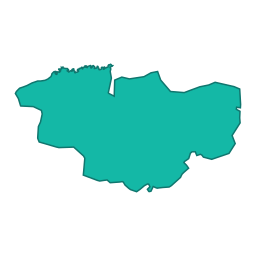 outline of Tarmuwa, Yobe, Nigeria
{"feature_id": "59680162B67238968218645", "entity_name": "Tarmuwa", "entity_type": "district", "adm_level": 2, "iso_a3": "NGA", "parent_name": "Nigeria", "parent_adm1": "Yobe", "projection": "orthographic", "projection_center": [11.647, 12.245], "detail": "fine", "context": "isolated", "style": "filled", "palette": "teal", "viewbox_px": 256, "rotation_deg": 0, "n_neighbors": 0, "source": "geoboundaries", "source_scale": "gbopen_adm2", "svg_char_len": 4904}
<svg xmlns="http://www.w3.org/2000/svg" viewBox="0 0 256 256"><path d="M110.2,182.7L119.7,182.0L122.2,181.6L123.4,182.2L125.0,185.0L128.7,188.3L130.5,189.6L136.6,191.7L139.8,189.5L144.5,185.6L147.5,184.0L148.7,184.2L149.5,185.8L149.9,186.8L147.4,189.3L148.6,191.2L149.1,191.6L149.8,191.5L151.0,191.2L153.2,186.5L155.6,187.6L157.0,188.1L157.8,188.1L158.2,188.0L159.7,187.8L161.8,187.6L162.5,187.5L169.2,187.0L171.4,185.6L180.5,177.4L181.3,175.6L182.1,174.1L183.8,172.4L188.6,168.2L186.5,165.2L183.9,162.6L184.5,161.5L188.7,158.6L190.4,153.2L192.0,151.8L195.3,151.8L196.8,155.5L200.4,154.3L201.9,155.1L203.4,157.1L211.7,159.3L229.0,153.4L235.2,143.6L232.1,135.5L240.1,122.9L239.7,117.9L240.0,111.3L236.3,109.3L236.6,107.2L240.4,107.8L240.6,104.5L239.7,89.0L234.0,86.6L215.1,82.3L208.7,85.0L199.8,86.8L191.4,89.9L184.2,92.6L170.5,91.5L160.7,80.1L157.6,71.5L151.0,72.8L144.0,76.7L129.4,78.9L121.8,77.1L114.7,80.1L114.2,96.2L110.1,94.1L108.8,93.4L108.3,92.8L111.4,78.1L110.2,71.5L110.8,68.9L110.4,68.2L110.1,67.2L112.3,66.1L112.6,65.7L112.3,65.7L112.2,65.7L111.7,65.3L111.5,65.2L111.4,65.1L111.3,64.9L111.2,64.7L110.8,64.4L110.7,64.3L110.4,64.3L110.2,64.4L109.8,64.7L109.6,64.8L109.4,64.9L108.8,64.8L108.7,64.9L108.5,65.1L108.4,65.2L108.1,65.7L108.1,66.0L108.1,66.4L108.1,66.7L107.8,67.1L107.6,67.2L107.4,67.3L107.0,67.3L106.8,67.3L106.6,67.4L106.2,67.8L105.4,68.1L104.9,68.3L104.5,68.8L103.9,69.2L103.7,69.3L103.5,69.2L103.4,69.1L103.6,68.9L103.8,68.9L104.0,68.8L104.0,68.7L103.9,68.6L103.7,68.4L103.6,68.2L103.8,67.9L104.0,67.8L104.3,67.9L104.5,67.8L104.8,67.7L104.8,67.3L104.7,67.1L104.4,67.0L104.2,67.0L104.0,67.4L103.8,67.5L103.3,67.7L103.1,67.8L102.4,67.3L102.1,67.2L101.9,67.3L101.6,67.4L101.5,67.5L101.4,67.8L101.5,68.1L101.5,68.3L101.4,68.6L101.4,68.9L101.2,69.2L100.7,69.4L100.3,69.6L99.8,69.7L99.2,69.7L98.9,69.4L98.8,69.1L98.9,68.9L98.9,68.6L98.9,68.4L98.8,68.2L98.5,68.0L98.3,67.9L98.1,67.7L98.0,67.2L98.1,66.9L98.0,66.6L97.8,66.4L97.5,66.3L97.3,66.3L97.2,66.5L96.9,67.6L96.5,68.1L96.0,68.1L95.7,68.2L95.4,68.4L95.0,68.4L94.4,68.5L94.3,68.2L94.7,67.3L94.7,67.0L94.6,66.7L94.4,66.5L93.8,66.2L93.5,65.7L93.3,65.6L93.1,65.6L92.8,65.8L92.6,66.0L92.3,66.9L92.0,67.4L91.5,67.9L91.2,68.0L90.8,67.8L90.7,67.2L90.8,66.9L91.0,66.7L91.1,66.1L90.8,65.7L90.3,65.5L89.9,65.7L89.5,65.9L88.0,66.4L87.5,66.7L87.2,66.9L87.4,67.1L87.4,67.4L87.3,67.5L87.2,67.6L86.8,67.5L86.6,67.4L86.6,67.2L86.4,66.9L86.3,66.7L86.5,66.3L86.5,66.1L86.2,65.9L85.9,65.8L85.6,65.9L85.4,66.1L85.0,66.0L84.8,66.1L84.9,66.4L85.1,66.6L85.3,66.7L85.4,66.9L85.3,67.1L85.2,67.1L84.9,67.2L84.6,67.2L84.2,67.2L83.8,67.3L83.4,67.3L83.1,67.6L82.8,67.8L82.8,68.0L82.9,68.3L82.9,68.5L82.7,68.8L82.5,68.7L82.4,68.7L82.3,68.4L82.2,68.3L82.3,68.0L82.4,67.9L82.4,67.7L82.1,67.4L81.9,67.3L81.6,67.3L81.1,67.7L80.9,68.2L80.5,68.4L80.2,68.5L79.9,68.5L79.7,68.4L79.4,68.4L79.2,68.5L79.1,68.8L79.1,69.0L79.1,69.3L78.9,69.4L78.4,69.3L78.2,69.3L77.9,69.3L77.6,69.5L77.4,70.1L77.4,70.3L78.0,70.3L78.3,70.5L78.4,70.8L78.4,71.2L78.5,71.3L78.4,71.5L77.9,71.7L77.3,72.1L76.9,72.2L76.5,72.3L76.0,72.2L75.8,72.3L75.2,72.8L74.9,72.7L74.7,72.5L74.7,72.3L74.7,72.1L74.8,72.0L75.0,71.9L75.0,71.7L74.9,71.4L74.8,71.2L74.6,71.0L74.4,70.9L73.7,70.7L73.5,70.2L73.8,69.8L73.9,69.5L73.9,69.1L73.7,68.9L73.4,68.8L73.1,68.8L72.9,69.0L72.7,69.2L72.2,69.4L72.0,69.5L72.1,69.9L72.3,70.1L72.4,70.3L72.3,70.7L72.3,70.9L72.0,71.1L71.7,71.2L71.4,71.1L71.1,70.8L70.8,70.7L70.6,70.8L70.2,71.0L69.7,71.4L69.6,71.5L69.1,71.9L68.7,72.0L68.6,71.9L68.7,71.7L68.7,71.2L68.3,71.1L68.1,71.2L67.9,71.3L67.6,71.2L67.3,71.0L67.2,70.9L67.2,70.7L67.9,70.4L68.2,70.2L68.5,69.9L68.5,69.7L68.4,69.6L68.0,69.6L67.8,69.5L67.7,69.3L67.7,69.1L67.6,68.7L67.4,68.6L67.2,68.5L66.8,68.6L66.4,68.5L66.0,68.5L65.6,68.5L65.0,68.4L63.7,68.1L63.3,67.9L63.2,67.8L63.0,67.4L63.0,67.1L62.7,67.1L62.4,67.4L62.2,67.7L62.1,67.8L61.8,67.9L61.6,67.8L61.6,67.7L61.4,67.5L61.4,67.8L61.5,67.9L61.6,68.0L61.8,68.4L61.8,68.6L61.7,68.7L61.6,68.8L61.2,69.0L60.8,68.9L60.7,69.0L60.2,69.3L59.9,69.2L59.5,69.1L59.3,69.0L59.1,68.9L58.8,69.0L58.7,69.1L58.7,69.3L58.8,69.7L59.2,69.8L59.3,70.0L59.7,70.1L60.1,69.9L60.5,70.0L60.6,70.4L60.5,70.5L60.6,70.8L60.5,71.1L60.4,71.2L60.0,71.2L59.7,71.2L59.6,71.4L59.4,71.6L59.6,72.1L59.2,72.3L58.8,72.0L58.3,71.9L57.9,72.1L57.7,71.9L57.3,71.8L56.6,72.1L56.5,72.6L56.8,72.8L56.9,73.3L57.1,73.6L57.1,73.9L56.7,74.4L56.3,74.3L56.0,74.1L55.6,74.0L55.2,73.5L55.2,72.9L55.1,72.5L55.6,72.3L55.8,72.0L55.9,71.5L55.6,71.4L54.0,71.7L52.6,73.0L51.9,73.8L51.7,74.8L51.0,76.6L49.5,77.7L47.9,79.0L45.1,80.3L40.7,81.0L37.7,81.0L31.9,83.0L27.1,85.5L23.2,87.0L19.6,88.2L18.1,89.7L16.4,91.5L15.4,93.5L18.4,98.6L20.6,105.9L20.8,106.0L33.3,106.6L41.4,110.4L42.2,114.0L40.5,122.0L38.4,126.6L37.7,138.0L37.9,138.8L39.2,142.0L56.3,147.0L58.9,147.6L73.7,147.1L83.5,155.9L84.8,158.2L83.8,170.0L83.3,175.1L97.4,180.4L99.7,181.0L104.5,180.3L107.1,180.0L110.2,182.7Z" fill="#14b8a6" stroke="#0f766e" stroke-width="1.5"/></svg>